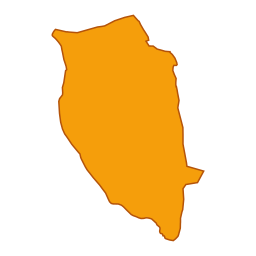 outline of Melhan, Al Hudaydah, Yemen
{"feature_id": "15242507B19184333962868", "entity_name": "Melhan", "entity_type": "district", "adm_level": 2, "iso_a3": "YEM", "parent_name": "Yemen", "parent_adm1": "Al Hudaydah", "projection": "mercator", "projection_center": [43.334, 15.324], "detail": "fine", "context": "isolated", "style": "filled", "palette": "amber", "viewbox_px": 256, "rotation_deg": 0, "n_neighbors": 0, "source": "geoboundaries", "source_scale": "gbopen_adm2", "svg_char_len": 2273}
<svg xmlns="http://www.w3.org/2000/svg" viewBox="0 0 256 256"><path d="M80.1,154.7L80.4,156.0L80.7,157.3L81.2,158.7L85.3,166.8L87.1,169.8L88.9,172.1L89.5,172.8L91.2,175.0L93.3,177.7L99.7,185.1L102.1,188.4L105.6,193.0L108.4,199.3L109.6,201.8L110.6,202.7L111.2,203.4L113.1,203.9L118.3,204.0L121.5,205.2L123.5,206.8L126.4,209.8L131.2,214.5L133.2,215.6L136.3,216.7L138.7,217.8L139.7,218.1L141.1,218.5L143.6,218.4L146.1,217.8L147.6,217.9L149.3,218.2L151.6,218.9L156.3,223.2L156.6,224.1L157.0,224.9L158.2,225.9L159.6,227.1L159.9,227.8L160.0,228.5L160.0,229.0L159.9,229.6L159.7,230.7L159.7,231.7L159.9,232.3L160.3,233.1L160.6,233.4L161.2,233.6L161.6,233.6L162.2,233.9L162.5,234.3L162.7,234.6L162.8,235.1L162.9,235.6L163.1,235.9L163.5,235.8L164.0,235.9L164.3,236.1L164.6,236.6L164.7,237.2L164.9,237.9L165.2,238.3L165.8,238.7L167.0,239.1L169.8,240.0L173.3,240.6L175.5,238.9L177.9,236.4L178.2,235.7L178.5,234.9L180.3,228.2L180.4,223.8L180.5,222.1L180.5,218.2L182.0,211.6L182.7,209.7L183.7,199.3L183.0,188.7L185.9,184.5L197.5,182.6L203.7,171.1L191.1,167.5L186.9,166.3L186.5,163.0L183.9,149.0L183.4,146.4L183.3,145.6L183.0,144.2L183.0,135.0L183.0,134.7L182.9,128.6L182.9,127.6L177.8,107.9L178.2,105.2L178.5,103.8L178.5,103.7L179.0,100.5L179.0,100.4L177.9,94.6L177.8,94.1L177.7,93.7L177.1,90.0L176.4,86.6L176.1,86.7L175.8,85.0L175.8,82.1L176.1,78.5L174.3,74.5L172.8,70.5L173.1,67.2L173.8,65.4L176.4,65.4L177.1,64.6L176.7,62.5L174.9,58.1L172.3,54.5L170.0,52.4L170.0,51.7L169.7,51.7L165.1,51.3L161.4,50.2L157.2,49.1L153.2,46.1L149.1,46.0L146.0,41.2L148.7,40.2L148.1,37.0L145.2,32.3L143.6,29.9L140.5,24.5L139.1,21.4L138.0,20.6L133.4,15.4L124.7,17.4L114.8,20.7L104.7,25.9L102.0,26.4L97.5,27.0L95.7,27.5L78.4,32.4L77.2,32.7L69.5,32.1L66.9,31.8L66.5,31.9L60.4,30.5L55.5,29.4L54.5,30.5L53.5,31.9L52.3,34.2L52.3,34.7L52.3,35.6L53.1,36.5L55.3,38.4L57.1,40.4L58.6,42.2L60.4,44.7L61.3,46.2L62.0,50.2L62.3,51.4L63.8,59.0L63.9,59.5L65.1,63.1L66.2,66.6L66.3,67.3L66.3,67.5L66.7,69.7L65.6,70.6L63.9,82.1L63.7,83.1L62.4,87.5L62.7,92.8L62.5,94.9L59.6,98.6L58.8,101.4L59.5,113.2L59.8,115.6L60.7,122.3L62.0,127.1L62.5,129.0L64.7,133.9L67.5,137.8L71.6,144.0L73.2,146.0L79.1,153.1L79.4,153.3L79.6,153.5L79.8,153.8L80.0,154.1L80.1,154.4L80.1,154.7Z" fill="#f59e0b" stroke="#b45309" stroke-width="1.5"/></svg>